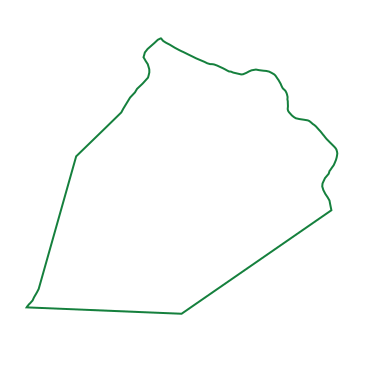 outline of Derierre Morne, Vieux Fort, Saint Lucia, rotated 11°
{"feature_id": "8701671B33635631845794", "entity_name": "Derierre Morne", "entity_type": "district", "adm_level": 2, "iso_a3": "LCA", "parent_name": "Saint Lucia", "parent_adm1": "Vieux Fort", "projection": "orthographic", "projection_center": [-60.96, 13.741], "detail": "fine", "context": "isolated", "style": "outline", "palette": "green", "viewbox_px": 384, "rotation_deg": 11, "n_neighbors": 0, "source": "geoboundaries", "source_scale": "gbopen_adm2", "svg_char_len": 2044}
<svg xmlns="http://www.w3.org/2000/svg" viewBox="0 0 384 384"><g transform="rotate(11 192 192)"><path d="M332.3,183.3L329.7,177.0L328.6,174.2L326.3,171.5L323.3,168.5L320.6,165.1L318.8,161.7L318.5,158.7L319.9,153.0L322.7,148.0L323.0,145.1L323.4,144.4L324.1,142.8L324.7,141.4L326.0,138.6L326.6,136.0L327.2,133.0L327.4,130.6L327.4,128.7L327.3,126.5L326.9,125.4L326.6,124.6L326.0,123.5L325.8,123.0L324.8,121.8L323.3,120.6L321.4,119.3L319.9,118.3L317.5,116.7L316.2,115.8L314.0,114.3L312.9,113.4L311.6,112.3L310.5,111.3L309.9,110.9L308.2,109.4L306.3,107.8L305.7,107.4L304.6,106.6L301.2,104.0L299.3,102.9L297.6,102.2L295.6,101.0L293.7,100.0L292.0,99.6L288.0,99.7L283.6,99.9L279.8,99.8L277.5,98.9L275.3,97.7L274.8,97.3L271.9,95.1L270.8,93.9L270.1,92.3L269.9,90.2L269.8,89.4L269.1,86.5L268.7,84.6L268.0,82.9L267.7,80.5L266.9,78.7L266.7,78.2L265.9,76.8L265.0,75.6L264.3,74.8L263.4,74.2L262.6,73.7L261.6,73.1L260.7,72.2L260.2,71.5L259.3,70.3L258.8,69.5L258.4,68.9L257.2,67.5L255.3,65.3L254.9,65.0L252.7,62.8L251.9,62.0L251.5,61.7L250.8,61.2L250.1,60.8L247.2,59.8L246.1,59.5L244.7,59.1L241.7,59.0L239.1,59.3L234.6,59.6L232.5,59.6L231.4,59.6L227.2,61.2L224.9,62.8L222.6,64.7L219.6,66.7L217.9,67.2L215.2,67.1L209.6,66.9L207.3,66.4L205.3,66.6L203.2,66.0L201.4,65.4L198.7,64.6L195.8,63.9L192.6,63.1L189.5,62.6L188.1,62.6L187.2,62.7L185.3,63.0L182.3,62.7L179.5,61.9L170.5,60.0L166.9,59.0L161.3,57.5L159.9,57.1L156.2,56.1L155.6,56.0L152.6,55.2L147.7,53.7L142.0,51.6L139.2,50.8L137.6,50.3L137.1,50.1L135.6,49.5L134.7,49.1L132.9,47.6L132.5,47.2L131.9,47.2L129.8,48.8L129.4,49.1L126.6,53.0L121.1,60.1L120.1,62.1L119.1,64.0L118.9,66.9L118.7,69.0L119.7,70.1L121.5,72.2L124.2,75.0L126.6,79.6L126.9,80.8L127.3,82.8L127.2,85.5L127.0,88.1L123.4,94.1L122.5,95.5L118.4,101.2L117.7,103.1L117.0,105.1L113.2,111.1L108.7,123.2L107.4,127.4L94.6,145.9L71.5,179.1L60.0,316.5L59.6,317.8L59.0,319.9L57.0,325.6L56.4,328.1L56.2,328.9L54.3,332.1L53.3,333.5L52.9,334.3L52.0,336.0L51.7,336.8L164.4,319.7L205.0,313.5L332.3,183.3Z" fill="none" stroke="#15803d" stroke-width="2"/></g></svg>